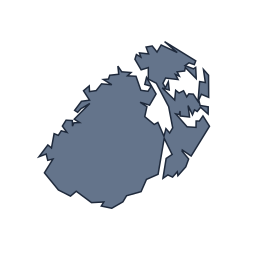 the district of Fedje nor, Norway, rotated 69°
{"feature_id": "86288312B30337724533689", "entity_name": "Fedje nor", "entity_type": "district", "adm_level": 2, "iso_a3": "NOR", "parent_name": "Norway", "parent_adm1": "", "projection": "orthographic", "projection_center": [4.716, 60.769], "detail": "medium", "context": "isolated", "style": "filled", "palette": "slate", "viewbox_px": 256, "rotation_deg": 69, "n_neighbors": 0, "source": "geoboundaries", "source_scale": "gbopen_adm2", "svg_char_len": 1825}
<svg xmlns="http://www.w3.org/2000/svg" viewBox="0 0 256 256"><g transform="rotate(69 128 128)"><path d="M107.6,33.9L100.4,36.6L113.3,39.5L110.3,44.5L128.3,53.1L119.8,54.9L117.9,59.0L120.0,62.0L113.1,62.8L113.6,67.8L109.9,70.0L118.6,74.4L102.9,81.7L107.3,75.9L99.3,73.8L103.8,78.7L98.8,79.4L94.8,75.0L100.7,63.9L95.0,64.6L98.0,61.5L93.2,62.0L95.1,54.7L92.1,52.8L106.3,46.6L95.7,43.1L96.2,45.7L90.2,52.4L89.0,47.7L92.6,43.4L89.6,40.7L60.5,62.9L75.2,55.0L62.4,67.3L67.5,73.7L60.1,76.0L58.9,82.1L66.2,82.2L62.0,90.4L66.4,90.6L62.4,93.8L66.3,96.9L78.4,94.9L78.9,87.4L89.6,91.5L96.4,85.5L122.6,82.4L143.9,86.2L147.6,90.9L142.2,92.8L148.6,97.4L133.5,98.1L134.1,102.3L123.4,108.3L114.9,102.7L108.3,107.5L114.4,99.7L106.3,89.6L87.4,92.6L93.3,96.7L97.4,91.4L100.9,96.2L97.4,102.5L82.6,102.0L79.1,109.8L77.3,105.3L73.3,113.7L66.6,115.3L74.5,117.4L72.2,126.1L75.3,128.7L73.9,133.6L81.8,127.6L77.3,136.9L81.7,144.3L80.2,150.9L74.8,149.1L77.3,156.2L88.2,153.9L86.4,161.9L92.4,171.5L95.3,169.4L93.1,164.9L91.4,154.8L100.5,175.0L105.6,171.2L103.8,176.6L106.4,179.2L101.1,177.3L98.5,183.0L102.7,188.6L110.2,186.6L106.7,191.3L109.9,195.7L106.8,199.0L119.2,206.6L115.1,208.9L122.9,221.4L123.0,213.7L129.4,214.5L130.1,209.2L139.9,222.1L160.9,215.2L171.0,206.1L168.5,199.0L184.6,188.8L188.4,177.1L191.3,180.9L197.1,171.9L195.1,159.2L190.7,153.6L192.1,138.6L182.6,129.2L182.0,116.5L150.6,97.9L168.5,96.3L170.1,103.3L187.5,113.4L186.1,107.6L189.8,104.0L186.5,97.7L190.4,98.5L185.0,88.0L178.7,82.5L169.1,85.8L168.0,85.2L176.8,79.1L155.6,51.3L143.6,53.7L147.1,58.9L145.9,61.9L151.8,64.3L148.1,72.4L131.9,78.4L133.8,75.5L130.8,73.3L135.5,75.0L139.8,66.6L128.6,63.9L138.8,63.1L134.9,59.4L137.4,57.5L134.7,52.8L143.7,48.2L137.0,45.5L132.8,52.6L127.2,51.9L122.8,47.4L128.3,41.7L107.6,33.9Z" fill="#64748b" stroke="#1e293b" stroke-width="1.5"/></g></svg>